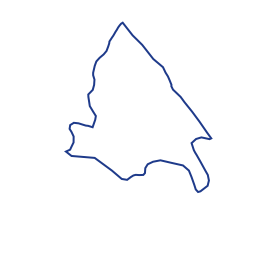 Hwamdeia, Al Jizah, Egypt (Equal Earth projection), rotated 328°
{"feature_id": "37247803B31369022265166", "entity_name": "Hwamdeia", "entity_type": "district", "adm_level": 2, "iso_a3": "EGY", "parent_name": "Egypt", "parent_adm1": "Al Jizah", "projection": "equal_earth", "projection_center": [31.259, 29.901], "detail": "fine", "context": "isolated", "style": "outline", "palette": "blue", "viewbox_px": 256, "rotation_deg": 328, "n_neighbors": 0, "source": "geoboundaries", "source_scale": "gbopen_adm2", "svg_char_len": 1323}
<svg xmlns="http://www.w3.org/2000/svg" viewBox="0 0 256 256"><g transform="rotate(328 128 128)"><path d="M193.1,180.9L192.6,173.7L192.0,160.6L191.0,148.0L189.6,136.3L189.1,129.5L186.5,119.3L186.9,115.5L187.7,114.5L188.5,110.1L189.1,106.1L189.2,105.2L189.2,100.9L189.9,95.0L186.0,82.9L184.1,65.0L181.0,51.9L179.3,35.9L177.4,35.9L175.2,36.6L173.2,37.4L172.4,37.8L170.4,38.9L168.6,39.7L166.2,41.0L164.3,42.0L162.6,42.7L158.1,44.8L156.9,46.3L154.4,48.4L150.6,51.3L146.3,52.7L141.3,53.4L138.4,54.2L136.4,54.8L132.7,57.7L127.7,62.7L126.4,64.8L125.2,69.2L122.1,73.5L118.3,77.0L112.1,78.5L110.9,80.6L107.2,89.2L107.1,95.7L107.1,100.8L104.6,103.6L98.4,108.6L95.3,105.0L93.5,103.6L91.0,100.7L88.5,97.8L84.8,94.9L80.5,94.9L78.0,97.8L78.0,101.4L77.4,106.4L74.2,111.4L70.2,113.9L67.4,115.7L62.9,115.1L65.3,121.8L83.9,135.7L91.8,155.6L95.7,167.9L99.8,171.5L104.4,171.1L107.4,171.1L109.7,171.8L112.6,173.9L116.1,175.9L118.5,175.2L121.4,171.2L125.5,169.2L131.4,169.9L138.4,172.6L146.6,180.8L154.8,188.9L157.1,196.4L155.9,203.2L154.1,211.3L152.9,216.0L153.5,219.4L155.9,220.1L156.8,220.0L164.9,219.2L168.8,215.4L170.8,210.1L171.0,205.3L171.6,194.5L171.9,187.0L171.9,184.6L172.1,181.7L173.3,176.9L173.9,174.5L179.9,173.4L182.5,174.1L184.0,174.5L185.3,174.9L191.3,180.7L193.1,180.9Z" fill="none" stroke="#1e3a8a" stroke-width="2"/></g></svg>